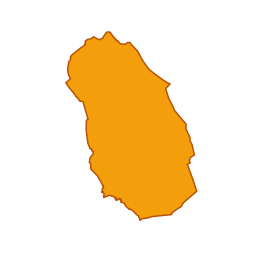 Benguet, Benguet, Philippines, rotated 325°
{"feature_id": "2640588B49362051778248", "entity_name": "Benguet", "entity_type": "district", "adm_level": 2, "iso_a3": "PHL", "parent_name": "Philippines", "parent_adm1": "Benguet", "projection": "mercator", "projection_center": [120.629, 16.553], "detail": "fine", "context": "isolated", "style": "filled", "palette": "amber", "viewbox_px": 256, "rotation_deg": 325, "n_neighbors": 0, "source": "geoboundaries", "source_scale": "gbopen_adm2", "svg_char_len": 4386}
<svg xmlns="http://www.w3.org/2000/svg" viewBox="0 0 256 256"><g transform="rotate(325 128 128)"><path d="M152.2,33.6L148.6,33.6L145.7,32.3L143.9,32.2L142.9,32.3L142.8,32.5L142.8,32.8L142.7,33.0L142.4,33.2L142.4,33.3L142.1,33.5L141.9,33.6L141.7,33.9L141.6,34.0L141.4,34.3L141.2,34.5L140.9,34.7L140.7,35.0L140.5,34.8L140.4,34.7L140.2,34.6L139.9,34.9L139.8,35.0L139.7,35.1L139.6,35.3L136.7,35.4L135.5,35.2L123.7,36.0L121.4,36.8L120.6,38.7L117.5,39.8L112.6,44.8L111.4,46.9L109.8,50.1L109.1,54.5L103.1,55.4L102.9,59.6L103.0,62.1L103.5,67.8L103.6,70.9L103.6,71.7L103.6,71.9L103.4,72.0L103.2,72.2L103.2,72.3L103.3,72.4L103.4,72.5L103.5,72.6L103.6,72.9L103.7,73.1L103.7,73.7L103.8,73.7L104.0,78.4L106.3,80.6L104.6,85.4L102.2,92.4L100.8,96.4L100.3,97.8L100.0,97.5L99.6,97.5L99.2,97.7L98.5,98.2L98.0,98.2L95.7,101.4L92.2,106.3L86.4,117.5L85.0,123.4L85.2,123.5L85.6,123.5L85.9,123.6L86.1,123.7L86.1,123.9L86.2,124.0L86.1,124.5L85.9,124.9L85.9,125.0L85.8,125.3L85.6,125.5L85.4,125.7L85.3,125.8L85.3,126.1L85.7,126.5L85.9,126.7L86.0,126.9L86.0,127.1L85.9,127.2L85.9,127.3L85.7,127.4L85.5,127.8L85.4,128.1L85.3,128.3L85.2,128.5L85.1,128.9L80.3,130.6L79.1,131.3L76.6,134.1L76.6,134.5L77.0,135.3L76.8,135.6L76.8,135.9L74.7,139.4L74.7,139.5L74.4,139.6L74.0,141.1L74.5,142.9L74.5,143.4L74.9,145.0L74.9,146.1L74.9,146.5L75.0,147.0L75.4,148.8L75.4,151.1L75.2,153.3L75.2,154.2L75.1,154.9L75.0,156.6L74.6,158.3L74.6,158.5L74.6,158.8L74.4,159.0L74.5,159.2L74.5,159.4L74.6,159.6L74.5,160.1L74.5,160.3L74.6,161.1L74.5,161.3L74.4,161.4L74.1,161.3L73.9,161.3L73.8,161.6L73.9,161.9L74.0,162.2L74.0,162.6L73.8,162.9L73.4,163.0L72.9,163.0L72.4,162.9L71.9,163.2L71.2,164.0L70.9,165.0L70.7,165.4L70.5,165.5L70.3,165.5L70.1,165.4L69.9,165.2L69.7,165.2L69.6,165.5L69.8,165.9L70.5,166.0L70.8,166.1L71.0,166.2L71.0,166.4L70.9,166.7L70.8,166.9L70.7,167.1L70.6,167.3L70.6,167.9L70.6,168.2L70.5,168.4L70.2,168.8L69.8,169.1L69.2,169.4L69.1,169.6L69.4,169.9L69.5,170.1L69.5,170.3L69.3,170.5L69.1,170.6L68.7,170.6L68.4,170.6L68.4,170.8L68.4,171.0L74.4,172.6L78.2,178.0L78.0,178.3L77.9,178.3L77.9,178.8L77.7,178.9L77.7,179.1L77.3,179.0L77.2,179.0L77.0,178.9L76.9,178.8L76.9,179.0L77.0,179.2L77.0,179.3L77.1,179.5L77.3,179.8L77.4,180.0L77.5,180.1L77.4,180.3L77.2,180.4L77.0,180.5L77.3,180.8L80.7,180.8L80.7,181.0L81.0,181.3L81.1,181.5L81.0,181.8L80.6,182.0L80.4,182.0L80.3,182.3L80.4,182.5L80.5,182.6L81.0,182.7L81.2,182.8L81.2,183.0L81.0,183.3L81.0,183.5L81.0,183.8L81.0,184.0L80.9,184.1L80.6,184.2L80.4,183.9L80.2,183.9L80.1,184.0L80.1,184.5L79.8,184.7L79.7,184.8L81.8,187.2L81.6,188.0L81.5,189.4L81.3,189.8L82.2,194.8L82.3,194.7L82.5,194.7L82.6,194.9L82.6,195.0L82.7,195.3L82.8,195.4L83.0,195.7L83.2,195.8L83.6,196.4L84.6,199.3L84.9,201.4L85.1,202.0L85.1,202.4L85.1,203.4L86.1,206.0L85.2,209.4L85.3,209.8L85.2,209.9L85.1,210.1L84.9,210.3L85.1,210.6L86.2,210.5L86.6,210.2L87.0,210.1L92.5,213.0L96.3,214.0L113.6,223.7L113.8,223.7L114.0,223.8L114.0,223.7L113.9,223.3L114.0,223.2L114.4,222.9L114.5,222.8L121.0,222.6L126.7,222.8L130.6,221.0L145.3,219.5L148.1,219.2L151.8,206.7L155.8,191.8L159.0,192.2L159.7,189.7L161.5,188.3L162.7,188.0L167.0,188.1L169.7,181.4L170.6,179.4L171.0,177.8L171.2,176.8L171.5,173.9L173.3,171.5L175.0,161.9L177.8,158.2L176.5,144.0L176.4,142.1L176.2,140.4L177.0,136.9L178.4,126.8L181.5,117.3L187.6,116.1L185.6,112.1L184.1,108.4L183.3,105.9L181.6,101.2L180.2,96.8L179.0,92.3L178.9,91.6L178.7,87.3L178.8,80.8L178.9,79.3L179.7,73.0L180.0,70.9L179.1,64.7L179.0,64.1L178.5,61.0L178.7,59.4L177.0,57.7L175.8,57.8L174.1,57.8L173.0,57.2L171.7,56.2L169.7,54.0L169.7,51.3L169.6,51.2L169.7,50.9L169.4,50.6L169.2,50.5L169.0,50.4L168.9,50.3L168.8,50.2L168.6,50.0L168.6,49.9L168.6,49.7L168.8,49.4L169.1,49.3L169.1,49.2L169.0,48.9L168.9,48.9L168.9,48.7L168.7,48.5L168.7,48.3L168.7,48.2L168.8,48.1L168.8,47.9L168.6,47.6L168.6,47.4L168.6,47.2L168.6,46.8L168.6,46.6L168.4,46.5L168.4,46.2L168.4,45.9L168.3,45.7L168.5,45.6L168.4,45.5L168.3,45.3L168.2,44.0L168.3,43.9L168.4,43.7L168.4,43.4L168.3,43.2L168.2,43.2L168.2,42.9L168.3,42.8L168.2,41.1L168.1,40.9L168.1,40.6L168.3,40.5L168.3,40.3L168.4,40.2L168.3,39.9L168.3,39.7L168.2,39.5L168.1,39.4L168.0,39.1L167.7,38.8L167.7,38.7L167.4,38.7L167.2,38.6L167.1,38.4L166.9,38.2L166.8,37.9L166.7,37.8L166.6,37.7L165.9,37.4L164.0,37.7L162.1,38.6L161.0,38.7L159.9,39.3L158.7,40.1L157.2,39.5L156.1,39.4L154.8,39.0L152.2,33.6Z" fill="#f59e0b" stroke="#b45309" stroke-width="1.5"/></g></svg>